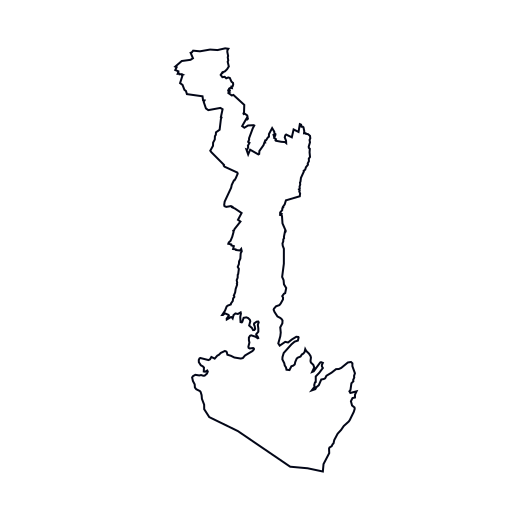 the district of San Salvador el Verde, Puebla, Mexico, rotated 298°
{"feature_id": "50627088B235557174424", "entity_name": "San Salvador el Verde", "entity_type": "district", "adm_level": 2, "iso_a3": "MEX", "parent_name": "Mexico", "parent_adm1": "Puebla", "projection": "albers", "projection_center": [-98.525, 19.258], "detail": "fine", "context": "isolated", "style": "outline", "palette": "ink", "viewbox_px": 512, "rotation_deg": 298, "n_neighbors": 0, "source": "geoboundaries", "source_scale": "gbopen_adm2", "svg_char_len": 6155}
<svg xmlns="http://www.w3.org/2000/svg" viewBox="0 0 512 512"><g transform="rotate(298 256 256)"><path d="M97.1,416.2L104.0,413.3L116.3,413.2L120.3,410.9L121.4,410.8L123.6,412.1L125.6,412.0L127.0,412.4L130.2,411.5L137.5,411.5L142.4,412.8L147.1,413.3L153.4,415.6L155.2,415.8L164.3,415.5L167.4,414.9L168.5,414.1L169.1,411.0L172.3,408.0L175.9,407.9L177.5,409.8L180.1,408.5L183.7,408.3L179.4,403.6L180.4,402.0L182.1,402.3L188.4,400.0L191.1,400.8L192.1,400.0L194.8,399.8L196.1,398.9L198.9,398.4L204.0,392.8L206.5,391.5L207.0,389.6L205.1,387.1L197.2,383.8L195.1,382.2L193.7,379.8L188.5,377.5L183.3,374.4L180.5,374.5L179.2,373.6L177.6,371.6L171.4,372.1L168.5,370.9L166.3,370.9L163.5,368.3L168.2,369.1L169.3,368.0L172.1,367.4L172.8,367.9L177.7,365.3L182.6,366.7L188.5,367.6L189.4,366.1L190.7,365.3L193.0,365.2L192.8,363.3L192.2,362.7L181.3,361.1L180.0,360.0L185.0,359.7L186.8,357.7L187.7,354.5L188.9,353.4L192.1,352.2L193.3,351.1L194.7,348.6L195.8,344.8L196.9,343.2L193.9,344.0L192.0,343.6L190.6,342.7L188.1,342.5L186.0,340.7L184.6,340.1L180.9,340.4L178.4,341.1L176.6,340.3L175.3,339.0L171.0,339.1L169.9,336.3L171.7,334.8L172.8,332.8L174.6,331.3L177.1,327.8L179.3,326.8L183.4,326.0L194.7,328.8L198.5,330.3L201.0,332.7L204.0,331.9L204.4,331.4L203.6,329.5L199.4,327.0L194.7,324.9L193.9,322.1L188.0,319.0L189.3,316.7L196.6,315.1L200.0,313.8L204.4,310.9L208.9,310.9L211.5,309.7L212.3,308.3L212.7,306.6L212.7,303.3L215.3,298.6L216.8,296.8L217.9,296.6L221.0,297.3L223.6,299.7L225.6,300.1L230.3,300.2L232.0,299.4L232.9,298.0L235.8,298.4L236.9,299.2L241.9,297.7L244.1,294.0L247.6,291.7L249.8,288.9L262.3,284.2L275.5,277.2L277.6,274.8L279.5,273.5L281.7,273.2L283.5,272.3L285.0,272.4L285.9,271.7L290.8,270.2L290.7,270.6L291.4,270.7L292.3,270.3L297.2,264.1L303.3,260.3L304.0,259.6L303.7,258.5L305.2,258.8L305.2,257.8L304.6,257.5L305.8,256.9L308.8,257.6L310.6,256.8L311.7,257.2L312.1,256.7L315.0,257.1L319.2,256.3L329.3,266.6L331.9,265.6L333.3,263.9L334.2,263.9L335.0,262.6L335.9,263.1L337.7,261.9L339.8,261.5L341.6,260.3L342.4,260.4L346.1,259.0L353.0,258.6L353.6,258.1L355.4,258.9L357.8,258.4L361.0,259.0L362.0,258.2L364.6,258.2L366.8,256.9L368.8,257.2L372.7,254.6L375.9,253.2L376.3,251.9L377.3,251.2L381.7,250.3L383.6,248.8L385.4,248.7L387.4,247.3L388.0,244.8L387.3,242.5L387.7,242.1L386.9,240.8L388.9,240.0L391.9,237.5L392.1,236.6L391.5,235.5L393.1,234.2L393.0,232.8L385.5,235.3L385.4,229.8L377.6,231.9L377.4,225.6L376.3,225.2L374.2,225.7L371.9,228.4L369.9,229.6L370.2,228.1L368.7,224.7L367.1,219.5L367.2,219.0L368.5,218.8L368.8,216.5L370.7,216.4L370.3,215.5L371.1,214.7L372.1,216.1L372.7,216.0L373.0,214.6L374.4,213.7L376.5,210.2L369.7,210.2L367.4,211.4L366.2,210.8L362.9,210.6L362.5,209.9L360.9,210.1L360.4,210.8L359.8,210.2L357.4,210.6L350.3,209.7L347.6,210.9L346.8,210.4L347.1,200.9L342.0,201.4L345.4,197.7L345.4,198.2L346.9,198.2L348.5,198.0L349.5,197.1L352.9,197.1L353.1,195.5L355.5,195.3L356.7,194.6L367.2,193.2L370.4,193.2L370.4,192.5L367.5,187.7L363.8,185.5L364.2,182.8L372.0,183.0L372.2,184.0L373.4,184.4L373.9,184.0L373.7,183.1L375.2,183.0L376.0,182.2L376.4,179.0L375.6,178.6L375.8,178.1L377.4,177.9L383.9,174.7L387.6,160.4L386.4,159.3L386.9,155.1L387.8,154.9L388.4,155.5L388.9,153.8L389.5,153.7L390.1,154.9L391.2,153.7L392.4,154.4L392.9,155.9L394.1,154.8L394.8,155.7L396.6,155.4L398.0,154.5L398.4,152.5L400.9,149.3L400.6,147.7L398.9,146.3L399.5,144.2L398.1,142.4L399.3,139.8L402.3,140.1L402.2,140.5L402.7,140.5L404.5,141.9L407.4,142.8L410.6,143.0L414.2,139.8L415.6,139.7L418.3,137.7L419.5,137.5L422.8,134.8L424.2,134.2L426.0,134.3L424.9,131.3L419.8,125.4L416.7,118.5L410.4,110.4L407.8,104.1L405.6,103.7L404.7,102.9L401.0,107.5L398.5,106.1L393.3,98.9L385.3,95.8L385.4,97.3L382.3,97.4L382.6,100.8L380.1,101.3L381.0,102.7L380.5,103.2L381.7,105.1L381.7,106.0L380.8,105.0L381.1,106.3L373.0,107.8L372.6,110.8L369.1,114.8L368.8,116.7L366.5,119.0L371.9,133.8L368.7,136.1L369.2,137.5L367.6,137.4L362.8,142.5L362.4,145.4L370.0,155.0L369.9,157.6L362.1,159.8L362.1,160.5L360.5,160.7L350.4,164.6L346.4,162.6L344.2,163.6L342.5,163.5L339.5,164.9L336.0,164.9L333.1,166.3L327.5,166.2L326.7,167.8L321.4,185.0L320.6,185.1L320.1,186.3L320.9,200.3L320.1,201.2L315.1,201.6L312.8,201.5L312.4,201.0L307.4,201.2L304.6,202.0L289.3,202.8L286.2,203.9L285.2,204.8L285.4,206.7L288.3,210.4L288.4,212.0L287.8,212.0L288.0,215.1L287.2,223.1L279.5,223.1L279.1,226.1L269.8,224.4L267.5,224.6L267.4,224.3L266.7,224.9L261.8,226.0L257.4,226.4L255.2,225.6L253.8,225.8L254.6,228.7L253.8,229.3L254.3,231.8L251.4,232.5L252.3,235.0L251.9,235.5L253.3,239.2L255.3,239.6L253.5,241.2L251.2,241.2L246.4,243.4L243.3,243.6L240.8,244.7L237.8,245.0L236.6,246.9L231.8,248.7L230.8,248.7L228.2,250.0L225.6,250.3L223.5,252.0L222.7,252.0L221.8,252.8L217.4,253.5L214.0,254.7L210.6,255.0L210.3,255.7L209.5,256.1L207.9,255.7L205.4,256.6L202.4,256.2L201.4,256.5L199.0,254.4L197.7,253.8L193.2,254.3L188.0,253.8L188.4,254.5L190.8,255.5L191.1,259.4L190.5,260.1L187.0,259.5L186.2,260.0L190.4,262.6L190.6,263.1L189.9,264.7L193.3,263.9L195.6,264.8L196.3,267.2L199.0,268.9L198.1,269.7L194.8,270.7L190.4,273.4L190.7,274.6L191.4,274.8L195.6,274.1L197.3,276.3L197.5,278.2L196.8,280.5L195.7,281.6L191.4,282.6L190.5,286.3L189.2,288.2L189.9,289.3L191.2,289.5L193.4,287.8L194.4,286.5L195.6,286.0L198.3,287.4L199.2,288.7L198.7,289.5L196.1,289.9L193.1,292.1L190.2,293.6L187.0,292.9L186.1,293.8L185.6,295.3L184.6,296.5L184.2,296.2L184.5,293.6L183.7,289.0L182.8,288.2L180.7,288.0L178.4,289.2L176.5,290.8L172.2,291.9L171.4,292.7L171.4,293.8L173.4,296.7L173.3,297.6L172.5,298.0L170.4,297.5L163.0,293.0L159.7,292.3L158.3,290.7L156.2,284.5L156.1,280.6L155.4,277.1L157.3,275.4L157.7,274.7L157.5,273.1L153.9,270.4L151.5,269.7L149.8,268.6L146.0,267.7L145.9,264.0L143.2,263.9L141.8,262.9L139.8,254.7L139.0,254.2L137.3,254.3L135.4,255.4L133.6,258.6L133.6,260.8L133.1,262.4L129.5,264.1L129.9,265.4L132.0,266.7L131.3,267.7L129.1,267.9L126.2,266.8L125.5,265.6L125.1,263.4L123.9,262.0L122.6,258.2L120.4,256.8L118.8,256.6L116.0,259.0L113.9,262.1L111.2,263.8L110.3,265.8L110.4,269.9L109.9,271.0L107.6,273.3L104.5,275.3L100.4,280.0L96.4,282.2L91.8,290.4L92.9,322.2L86.0,385.1L92.8,401.2L97.1,416.2Z" fill="none" stroke="#020617" stroke-width="2"/></g></svg>